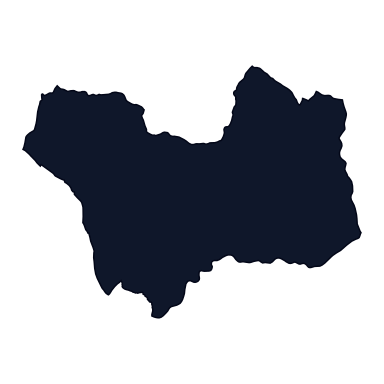 Sutatenza, Boyacá, Colombia
{"feature_id": "7082276B29304036127209", "entity_name": "Sutatenza", "entity_type": "district", "adm_level": 2, "iso_a3": "COL", "parent_name": "Colombia", "parent_adm1": "Boyacá", "projection": "robinson", "projection_center": [-73.439, 5.025], "detail": "fine", "context": "isolated", "style": "filled", "palette": "ink", "viewbox_px": 384, "rotation_deg": 0, "n_neighbors": 0, "source": "geoboundaries", "source_scale": "gbopen_adm2", "svg_char_len": 5873}
<svg xmlns="http://www.w3.org/2000/svg" viewBox="0 0 384 384"><path d="M342.4,99.9L338.2,99.4L334.5,98.7L333.2,98.3L332.3,97.7L330.6,96.0L329.7,95.6L328.3,95.4L325.3,95.6L324.5,95.6L322.4,95.1L320.9,94.3L318.0,92.2L316.3,91.5L314.8,94.7L314.0,95.9L309.6,99.5L308.5,100.9L306.0,99.7L302.8,98.4L302.6,98.4L302.4,100.3L300.3,104.4L299.8,105.0L298.9,104.6L298.0,103.8L297.2,102.3L296.3,99.8L294.7,97.9L293.3,95.4L292.2,93.1L291.5,92.1L289.5,90.1L287.5,88.6L282.5,85.7L280.5,84.1L275.5,81.2L274.4,80.3L272.7,78.5L270.9,77.9L270.2,77.4L267.1,74.0L264.2,72.3L260.7,69.1L259.6,68.3L257.0,67.6L254.4,67.6L253.6,67.4L252.2,66.2L250.1,68.3L246.0,73.2L245.4,74.4L244.5,77.5L244.1,78.4L243.3,79.3L239.6,82.4L238.6,83.9L238.2,84.9L237.3,86.4L236.7,88.0L236.6,89.6L236.0,90.4L234.4,91.3L233.8,92.3L233.7,93.5L233.9,94.4L234.2,95.0L235.5,96.5L235.8,97.5L235.7,99.1L235.9,99.8L236.1,100.9L235.9,104.6L235.4,105.6L234.2,107.0L232.5,111.8L232.4,112.5L233.2,114.9L232.5,116.9L231.7,120.5L230.5,123.6L229.6,125.2L228.6,126.4L227.6,126.8L226.1,126.8L224.9,127.4L224.5,128.0L224.0,129.3L224.0,130.0L224.4,132.4L224.2,133.9L223.3,136.7L221.4,140.3L219.4,141.0L217.5,142.0L216.0,142.4L215.0,142.7L209.9,142.9L208.2,143.7L206.4,144.1L205.9,144.2L203.9,143.5L202.9,143.5L199.5,143.9L196.1,143.8L193.7,144.5L191.6,144.6L189.4,143.6L188.5,143.0L186.2,141.1L183.9,139.6L179.0,137.1L174.4,136.3L172.7,136.4L170.5,135.8L169.5,134.9L168.5,133.5L167.9,132.9L167.4,132.6L164.5,132.2L164.0,132.3L163.0,132.6L160.5,134.1L159.3,134.5L155.7,135.6L154.4,135.1L152.4,135.2L150.2,134.2L147.4,132.6L146.9,132.1L146.4,131.2L146.5,129.8L146.3,129.0L144.9,125.7L143.3,120.1L142.4,118.3L141.5,115.7L143.1,113.4L143.9,110.7L144.1,109.8L143.6,109.4L142.7,108.1L141.5,106.9L137.7,105.1L136.6,104.7L135.8,104.6L134.7,104.8L133.9,104.7L132.2,104.2L131.0,103.6L127.4,101.5L126.1,100.2L124.7,96.7L123.9,95.2L123.3,94.6L122.2,93.7L120.9,93.2L118.3,92.8L116.2,92.3L114.5,92.3L112.2,92.7L110.5,93.7L108.5,94.3L101.2,94.9L100.4,94.8L99.1,94.4L97.7,95.1L96.3,95.5L95.6,95.4L93.5,94.5L93.0,94.5L92.3,94.6L90.1,95.5L88.7,95.7L87.9,95.3L87.2,94.4L86.6,93.0L85.9,92.2L84.7,91.6L82.2,91.6L80.4,92.2L78.5,92.3L77.5,92.1L75.4,91.3L74.5,90.8L73.4,90.6L70.7,90.8L68.2,91.4L67.7,91.4L66.9,91.1L64.3,89.7L63.0,89.3L60.9,89.0L60.1,88.6L57.2,85.8L55.0,88.6L53.4,92.2L52.5,93.1L50.0,93.0L49.3,93.2L45.9,95.1L44.4,95.4L43.8,95.3L42.8,94.1L42.5,94.0L42.2,94.0L41.6,94.8L41.8,98.2L42.2,99.6L41.5,100.4L40.2,101.4L40.4,102.3L39.9,102.8L39.7,104.3L38.8,107.0L38.1,110.1L37.7,111.7L36.7,120.6L36.1,123.8L34.6,129.3L33.9,130.6L29.8,133.0L27.5,135.0L26.3,136.4L25.9,137.3L25.0,142.7L24.0,146.9L23.0,149.4L25.3,150.6L29.6,154.5L30.5,155.6L35.3,160.5L37.0,162.8L40.3,166.1L41.2,164.6L52.8,173.0L54.1,174.3L54.7,175.3L55.4,176.0L60.5,178.7L62.6,179.6L64.2,180.1L64.7,181.6L65.0,182.4L66.4,183.1L69.3,185.5L70.5,187.2L71.2,188.5L71.6,190.0L72.8,191.6L73.5,191.9L74.4,192.0L74.4,194.4L77.3,197.6L80.5,200.8L81.3,201.8L81.8,202.8L82.7,205.9L83.0,207.2L83.1,209.4L83.2,216.6L82.9,222.8L83.5,223.5L84.4,225.6L85.8,229.7L87.1,231.3L88.0,233.1L88.7,232.8L90.0,237.6L90.7,241.1L93.2,247.7L94.2,251.0L93.9,252.9L93.7,257.6L94.2,261.8L94.7,268.3L95.7,273.9L97.3,278.3L101.3,286.5L102.3,288.4L103.8,290.1L104.8,291.7L106.2,293.4L108.3,294.8L108.5,294.8L109.6,293.7L110.6,292.2L111.7,290.3L114.6,286.6L117.4,283.8L119.5,282.3L121.1,280.6L122.3,283.0L122.1,284.5L122.4,285.3L122.2,286.4L122.4,287.0L123.0,287.8L124.7,289.0L126.4,289.6L128.8,290.2L130.1,290.8L131.9,291.3L132.9,292.1L134.3,292.4L135.5,293.0L136.6,292.8L137.8,293.2L138.7,292.8L139.7,292.6L142.2,292.3L142.7,292.5L142.9,292.8L143.2,294.3L144.7,294.8L144.9,295.3L145.0,296.0L145.3,296.3L146.4,296.9L147.2,297.6L147.4,298.1L147.5,299.4L147.8,299.8L148.3,300.1L149.6,301.9L150.3,302.1L151.0,302.1L151.4,302.2L151.7,302.6L151.8,303.0L151.8,304.3L152.4,306.2L152.2,307.4L152.7,309.0L152.8,309.9L152.7,311.2L151.9,314.4L151.9,316.0L153.5,316.7L155.3,317.3L157.2,317.7L159.2,317.8L161.1,317.2L163.2,315.7L165.8,313.1L167.6,311.1L169.5,307.9L171.3,306.6L176.8,305.1L178.6,304.2L180.1,303.3L181.5,301.5L182.6,299.3L183.7,296.0L184.4,293.4L184.8,289.4L185.9,283.9L187.0,282.2L188.0,281.1L189.4,280.7L190.5,280.7L193.6,282.1L195.0,282.3L196.4,282.0L197.9,281.3L199.2,279.7L199.4,278.2L198.9,275.1L199.0,273.5L199.1,272.2L199.9,271.1L201.4,270.6L202.9,271.0L204.4,271.2L209.1,271.0L210.7,270.5L211.6,269.2L212.1,267.7L212.2,266.3L211.4,264.9L211.4,262.8L211.9,261.7L213.1,260.8L214.5,260.5L217.1,260.5L219.1,259.7L220.6,258.8L222.4,257.4L225.9,255.6L228.0,254.9L230.4,254.9L232.3,255.4L234.1,257.0L235.8,259.4L237.5,261.0L238.6,261.8L240.0,262.1L243.0,261.7L249.2,262.6L250.6,262.4L254.0,261.3L257.1,260.7L258.5,260.5L259.8,261.0L260.6,261.7L262.6,262.9L265.2,262.5L270.2,263.1L272.4,261.8L275.0,259.1L276.4,258.3L277.7,258.0L279.3,258.0L281.3,258.7L284.8,260.7L286.1,261.7L288.9,263.2L290.3,263.4L291.9,263.1L294.3,262.1L295.1,262.1L295.9,262.4L299.0,264.0L300.2,264.1L302.2,263.5L303.5,263.3L305.2,263.8L306.7,265.1L307.6,266.3L308.7,267.3L309.9,267.6L311.2,267.4L314.6,266.4L319.9,266.1L322.0,265.1L324.7,263.1L329.6,258.4L331.2,256.8L332.9,255.3L336.5,252.8L340.6,250.4L346.5,245.2L351.7,241.2L355.7,239.2L357.9,238.4L359.1,237.6L359.8,235.9L360.4,234.0L361.0,232.7L360.0,231.1L357.2,224.0L356.9,218.7L356.5,214.9L355.1,208.5L354.0,205.2L351.3,200.0L350.8,197.5L351.1,195.2L352.2,193.1L352.7,191.5L352.5,185.9L351.6,181.7L350.4,179.7L348.8,177.5L347.6,176.4L347.3,175.1L346.7,173.7L345.6,171.7L344.8,169.7L345.0,167.6L345.7,165.0L346.0,163.3L345.1,161.7L341.4,158.7L340.0,156.7L339.5,154.2L339.5,152.5L340.0,150.5L341.1,148.3L341.9,145.9L341.7,143.7L341.1,142.1L339.1,138.7L339.2,137.5L339.9,136.3L342.1,133.0L344.0,130.5L344.8,129.3L344.8,127.9L344.3,124.7L344.4,122.8L345.8,117.6L346.2,115.5L346.3,113.9L345.9,112.1L344.0,106.7L343.0,103.1L342.4,99.9Z" fill="#0f172a" stroke="#020617" stroke-width="1.5"/></svg>